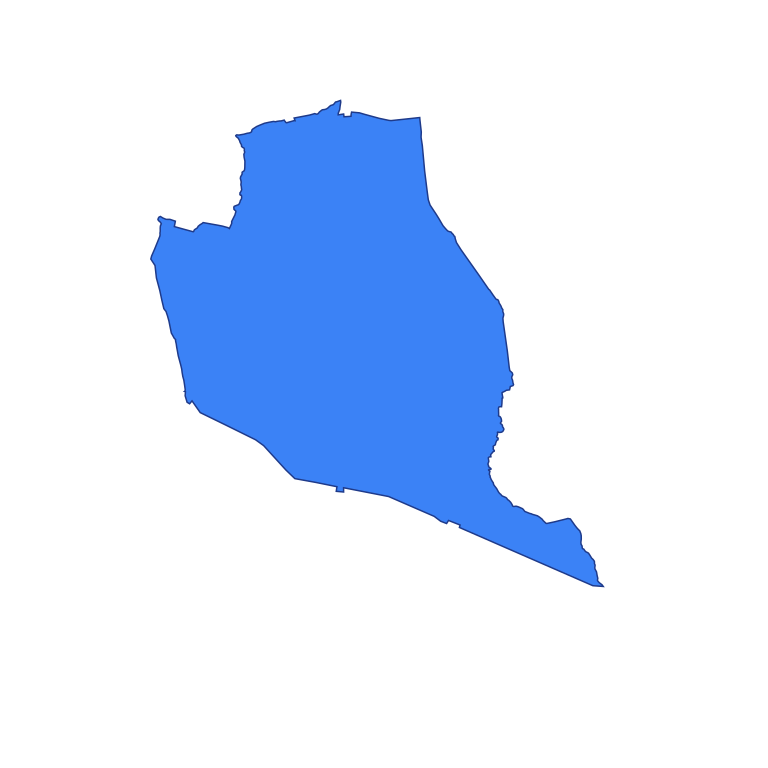 Poieni-Solca, Suceava, Romania (Albers equal-area conic projection), rotated 237°
{"feature_id": "2599482B63167741030022", "entity_name": "Poieni-Solca", "entity_type": "district", "adm_level": 2, "iso_a3": "ROU", "parent_name": "Romania", "parent_adm1": "Suceava", "projection": "albers", "projection_center": [25.88, 47.689], "detail": "fine", "context": "isolated", "style": "filled", "palette": "blue", "viewbox_px": 768, "rotation_deg": 237, "n_neighbors": 0, "source": "geoboundaries", "source_scale": "gbopen_adm2", "svg_char_len": 6157}
<svg xmlns="http://www.w3.org/2000/svg" viewBox="0 0 768 768"><g transform="rotate(237 384 384)"><path d="M615.8,256.5L608.1,256.5L602.7,253.8L596.9,250.9L584.3,246.8L575.2,243.3L567.1,240.4L565.5,240.5L563.4,240.7L562.1,240.3L559.3,239.6L553.9,237.9L542.6,233.4L536.5,233.0L534.8,233.4L533.8,232.7L530.8,231.6L527.8,230.2L524.4,228.8L519.7,226.8L510.7,223.9L506.5,222.4L503.9,221.1L500.0,219.4L496.2,218.2L490.7,215.7L487.5,214.2L486.4,213.2L486.4,212.7L485.7,213.3L482.4,210.8L475.9,208.9L473.3,210.2L474.4,213.8L460.1,214.3L435.8,228.9L407.2,245.9L397.9,249.5L365.2,254.9L353.2,257.7L338.5,273.3L323.5,288.6L320.0,285.5L315.4,291.3L319.0,293.6L287.1,326.6L245.7,354.0L238.0,356.8L232.9,360.5L234.4,363.8L224.3,371.0L222.6,369.1L101.1,449.3L94.8,457.6L96.9,457.5L100.2,456.3L102.1,456.0L102.9,456.0L104.0,456.9L104.6,457.5L107.2,458.4L110.7,459.9L114.0,460.2L115.1,460.7L116.5,461.9L117.2,462.4L118.8,462.7L120.0,463.5L120.8,463.9L122.9,463.8L124.9,463.3L128.1,463.4L130.7,463.4L131.6,463.0L133.2,462.0L134.3,461.7L136.8,461.6L137.5,461.0L138.4,460.9L140.3,461.9L142.2,462.0L143.9,462.8L146.5,465.0L149.4,466.8L151.4,467.6L154.3,468.2L155.9,467.8L158.3,467.4L161.5,467.1L169.3,466.8L171.1,465.0L171.4,463.9L175.5,452.0L178.3,444.7L178.9,444.0L182.6,443.1L184.5,443.0L187.7,441.9L189.9,440.9L191.9,439.2L193.6,437.7L195.1,436.7L196.1,435.7L198.4,434.1L200.4,432.7L201.4,432.6L203.0,432.5L204.1,432.2L206.9,430.4L208.3,429.4L209.6,428.2L210.2,426.9L210.6,426.1L211.2,425.6L211.8,425.4L212.7,425.7L214.4,425.8L215.8,425.8L218.4,425.3L219.5,424.8L219.8,424.7L221.3,424.7L222.4,424.4L223.9,423.4L225.8,422.1L226.9,421.9L228.0,421.8L229.0,421.4L230.6,421.2L232.6,421.3L234.7,421.5L236.3,421.4L238.4,421.2L239.9,421.2L240.4,421.3L241.5,421.8L243.5,421.8L245.8,421.9L247.0,422.2L247.9,422.2L249.0,422.9L250.6,423.1L251.2,423.3L251.8,424.0L252.4,424.4L252.8,425.0L253.2,425.3L253.7,425.2L254.1,424.9L254.5,424.8L255.0,424.9L255.2,425.4L254.6,426.5L254.3,427.1L254.4,427.5L254.9,427.6L255.5,427.4L257.7,426.7L258.4,427.1L259.0,427.3L259.9,427.4L260.5,427.8L261.4,429.0L262.1,429.8L263.0,430.2L264.1,430.7L264.5,430.9L265.3,431.3L265.4,431.8L265.5,432.4L265.3,433.2L264.8,433.8L264.7,434.0L265.0,434.2L265.7,434.5L266.1,434.6L266.7,435.0L267.1,436.5L267.5,437.8L267.7,438.3L267.7,439.3L267.6,439.8L268.0,440.2L268.9,440.2L269.9,440.1L270.6,440.6L271.1,441.1L272.3,441.6L272.4,441.9L272.4,442.9L272.3,443.7L272.4,444.0L272.7,444.6L273.6,445.4L274.8,447.1L275.1,447.6L275.3,448.4L275.1,449.1L276.0,450.0L276.8,450.2L277.7,449.8L278.2,449.7L278.8,450.1L279.6,451.4L280.1,451.9L280.8,452.4L281.7,452.8L281.7,453.2L280.9,454.1L280.3,454.7L279.6,456.3L279.5,457.5L279.6,458.0L280.1,458.9L280.4,459.5L280.8,459.9L281.3,460.1L282.2,460.2L282.7,460.2L283.3,460.1L284.1,460.4L284.4,460.6L285.2,460.8L285.9,460.8L286.9,460.4L287.1,460.3L287.8,460.3L288.1,460.7L288.5,461.9L288.7,462.3L289.8,462.9L291.1,463.4L292.4,463.6L293.5,463.5L294.2,463.1L294.6,462.8L295.1,462.8L295.6,463.3L297.3,464.4L298.7,465.2L300.2,466.2L301.1,466.6L302.0,467.5L302.1,468.2L301.4,469.6L301.0,470.0L300.9,470.2L303.2,472.1L307.1,474.9L307.8,475.3L307.6,476.0L308.4,476.5L309.3,476.8L309.8,477.0L311.6,477.8L312.5,478.4L312.1,481.5L312.1,483.2L310.7,486.1L313.1,488.6L312.4,491.3L312.9,492.3L314.7,492.8L317.2,493.9L319.0,494.2L320.4,495.0L321.6,497.0L323.3,497.6L324.4,497.4L326.7,496.8L329.8,498.1L344.7,505.5L371.4,517.9L374.5,519.6L376.2,521.5L377.5,522.5L380.1,523.1L381.7,524.2L383.3,524.1L385.9,524.6L389.2,524.7L391.0,525.3L392.4,525.4L393.1,525.1L393.5,524.5L393.9,524.3L395.0,524.1L399.6,523.9L405.2,523.8L405.8,523.6L406.3,523.4L423.7,522.9L454.7,521.7L463.1,521.8L467.1,522.9L468.7,523.6L469.3,523.7L469.8,523.4L471.8,523.5L473.2,523.1L474.2,523.1L474.9,523.0L476.7,521.4L477.5,520.9L478.0,520.7L480.8,520.2L484.7,519.7L492.8,520.1L497.9,520.2L509.0,520.1L514.4,521.5L522.2,525.2L540.3,534.0L563.1,546.0L570.8,549.5L575.0,552.5L585.8,557.9L588.0,559.1L595.7,543.9L601.1,533.3L602.5,531.6L609.4,524.7L620.6,514.7L624.8,511.1L629.7,504.9L628.2,503.4L626.5,502.1L629.9,496.0L632.4,497.2L634.7,492.2L636.0,493.1L638.3,496.3L640.8,498.4L644.0,501.3L645.5,502.0L646.4,498.2L646.9,496.9L646.2,494.9L645.9,493.6L646.2,492.4L646.6,491.1L646.5,489.5L646.1,487.7L646.0,485.6L646.5,483.8L647.0,482.8L647.6,481.5L647.5,480.1L647.3,477.9L647.0,477.2L646.7,476.0L646.6,475.5L647.1,474.3L648.5,473.2L650.1,468.0L651.8,463.8L656.0,453.5L653.3,452.8L653.8,452.2L655.3,447.3L656.1,444.7L656.8,444.1L658.0,444.1L659.2,443.9L659.7,444.0L660.7,440.9L661.3,440.0L662.6,437.2L663.0,435.9L664.4,434.3L666.3,429.7L667.8,425.7L668.7,421.0L669.3,417.4L669.3,412.8L669.0,411.6L667.8,410.4L667.6,409.4L667.8,408.0L668.6,406.3L669.0,405.2L669.8,402.6L671.8,397.9L673.2,396.1L673.1,395.0L672.5,394.8L671.7,394.9L669.6,395.6L666.6,395.4L666.1,395.2L665.0,394.9L663.7,394.8L662.1,394.7L661.1,394.0L660.5,394.0L659.0,394.5L658.4,395.0L657.6,395.0L656.8,394.7L655.7,393.8L654.5,393.6L653.7,392.7L653.0,391.6L650.4,390.2L646.6,388.7L641.7,385.4L639.8,383.9L639.2,383.1L639.0,382.8L639.0,382.1L638.9,380.4L638.3,379.9L637.5,379.5L637.1,379.0L636.5,377.8L635.7,376.4L634.5,375.4L632.8,374.9L631.1,374.2L629.8,373.1L628.9,372.4L627.6,372.0L626.4,371.4L625.7,371.0L624.6,370.6L624.0,369.8L623.3,368.7L622.9,367.8L622.7,367.2L621.7,366.7L621.3,366.3L620.6,366.4L620.1,367.1L619.4,367.0L618.6,366.6L617.3,365.7L616.6,364.9L616.2,363.6L615.3,362.6L614.6,361.7L613.8,360.3L613.7,359.2L613.9,358.6L614.2,357.2L614.6,355.2L614.3,354.6L613.7,354.1L612.1,353.3L611.9,353.4L611.2,353.5L610.0,353.9L609.3,353.7L609.0,353.4L607.9,352.1L607.0,351.1L603.3,344.8L602.8,344.4L601.9,344.0L601.2,343.1L598.6,339.0L600.1,338.3L604.4,334.5L607.7,331.1L617.9,320.2L617.7,319.3L617.7,317.9L617.8,316.8L617.7,315.9L617.5,314.1L616.7,312.6L616.6,312.2L616.6,309.2L616.5,308.8L615.6,307.4L615.6,307.0L615.8,306.7L622.3,300.9L630.2,293.9L634.2,297.7L638.6,294.2L640.8,290.9L643.6,289.0L646.3,287.7L646.5,286.2L645.9,284.9L644.9,283.9L643.4,284.0L641.4,284.6L639.7,284.5L638.3,282.5L636.6,281.2L635.0,280.2L633.8,279.4L632.6,278.3L631.0,277.4L629.9,276.3L622.2,265.3L617.9,258.8L615.8,256.5Z" fill="#3b82f6" stroke="#1e3a8a" stroke-width="1.5"/></g></svg>